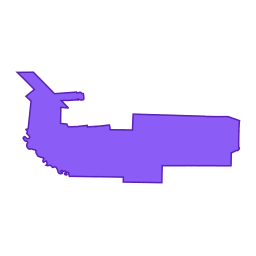 the district of Storobaneasa, Teleorman, Romania, rotated 1°
{"feature_id": "2599482B47254349291788", "entity_name": "Storobaneasa", "entity_type": "district", "adm_level": 2, "iso_a3": "ROU", "parent_name": "Romania", "parent_adm1": "Teleorman", "projection": "robinson", "projection_center": [25.498, 43.896], "detail": "fine", "context": "isolated", "style": "filled", "palette": "violet", "viewbox_px": 256, "rotation_deg": 1, "n_neighbors": 0, "source": "geoboundaries", "source_scale": "gbopen_adm2", "svg_char_len": 5284}
<svg xmlns="http://www.w3.org/2000/svg" viewBox="0 0 256 256"><g transform="rotate(1 128 128)"><path d="M231.6,164.0L231.6,163.9L231.7,163.1L231.7,161.7L231.7,161.0L231.7,159.4L231.7,158.3L231.7,157.0L231.7,156.1L231.7,155.7L231.7,155.0L231.6,154.8L231.7,154.0L231.7,152.3L231.7,151.6L231.6,151.0L231.8,150.9L232.1,150.8L232.3,150.8L232.6,150.7L233.0,150.5L233.5,150.2L234.2,149.9L234.7,149.7L234.9,149.6L235.3,149.4L235.6,149.2L235.9,149.0L236.1,148.8L236.4,148.7L236.8,148.7L237.1,148.6L237.3,148.6L237.5,148.6L237.9,148.7L238.0,148.7L238.6,148.2L239.0,147.7L239.4,147.3L239.4,147.2L239.6,146.6L239.7,146.4L239.7,146.2L239.6,145.9L239.4,145.8L239.1,145.8L239.0,144.7L239.0,143.8L239.0,142.7L239.0,142.0L238.9,141.0L238.9,140.4L238.9,139.8L238.9,139.4L238.9,138.2L238.9,137.2L238.9,135.5L238.9,134.3L238.9,133.5L238.9,132.4L238.9,131.9L238.9,130.8L238.9,130.1L239.0,129.5L238.9,129.5L238.9,129.3L238.9,129.1L238.9,128.9L238.9,128.2L238.9,127.0L239.0,125.4L239.0,124.3L239.1,123.3L239.1,121.9L239.2,121.2L239.2,119.9L239.4,118.7L238.7,118.5L236.4,117.7L235.3,117.3L233.3,116.7L231.2,116.0L229.6,115.4L228.5,115.1L227.9,114.9L226.9,114.9L225.7,114.9L224.4,114.9L222.8,115.0L221.8,115.0L220.3,115.0L219.2,115.0L217.9,115.1L216.9,115.1L215.9,115.1L214.8,115.1L213.1,115.1L211.5,115.1L210.8,115.0L210.7,115.1L209.6,115.1L209.2,115.1L208.3,115.1L207.4,115.1L206.1,115.1L205.3,115.1L204.9,115.1L204.7,115.0L204.6,114.9L203.6,114.9L200.3,114.9L199.1,114.8L197.2,114.8L195.8,114.8L193.5,114.8L190.2,114.7L186.8,114.7L185.8,114.7L184.8,114.7L180.4,114.6L176.9,114.6L173.8,114.5L169.3,114.5L166.4,114.4L161.5,114.4L157.3,114.3L154.3,114.3L151.0,114.3L146.0,114.2L142.6,114.2L139.5,114.1L137.2,114.1L132.9,114.0L132.8,117.7L132.7,121.0L132.6,125.9L132.5,130.0L123.4,129.9L118.7,130.0L113.6,130.0L110.3,130.0L109.4,125.3L101.9,126.3L95.7,127.1L95.8,126.9L93.7,127.1L89.9,127.4L87.4,127.7L87.2,126.1L83.4,126.6L82.6,126.7L81.1,126.9L78.9,127.2L77.3,127.5L75.3,127.5L71.4,127.8L68.7,127.9L68.3,127.7L67.5,126.8L67.1,126.0L66.8,125.4L66.8,125.1L65.6,125.0L63.1,124.8L61.1,124.7L60.5,124.6L60.5,112.5L60.5,108.5L61.7,108.6L63.0,108.7L65.9,108.9L68.3,109.1L68.1,109.0L66.6,107.5L65.0,105.9L63.6,104.6L62.3,103.2L60.8,101.8L61.5,101.8L63.4,101.6L66.2,101.4L66.7,101.6L67.6,101.5L69.9,101.3L72.9,101.0L75.1,100.9L75.5,100.9L75.6,100.6L75.7,100.4L76.0,100.2L76.3,100.1L76.5,100.0L76.8,100.1L76.8,100.4L76.9,100.8L77.1,100.8L77.7,100.9L77.7,100.5L78.1,100.5L78.1,100.1L79.0,100.2L79.3,100.3L79.7,100.7L79.9,100.8L80.7,100.8L81.8,100.8L81.9,100.7L82.8,100.5L83.0,100.4L83.2,100.0L83.4,99.5L83.4,99.2L83.1,96.6L82.8,94.6L82.7,94.4L81.5,94.2L80.3,93.6L80.2,93.5L80.2,93.4L80.1,93.2L79.9,93.1L79.7,93.1L79.2,93.1L78.6,93.3L76.5,93.8L76.0,93.8L75.8,93.0L53.9,95.0L32.4,73.9L31.0,73.9L16.3,74.3L23.8,81.4L33.7,91.1L25.4,98.1L30.6,102.8L28.2,130.5L26.0,131.2L26.2,131.7L26.7,132.1L27.2,132.5L27.4,133.1L27.4,133.7L27.1,134.6L26.8,135.3L28.4,136.8L29.6,138.1L29.9,138.6L29.6,139.6L28.8,140.2L28.0,140.4L27.2,140.3L26.0,139.3L25.1,138.5L24.7,138.4L24.0,138.8L23.6,139.2L23.4,140.2L24.8,142.4L26.1,143.0L27.1,143.0L27.6,143.5L27.9,143.9L27.7,144.8L27.2,145.8L27.0,146.9L27.2,148.3L28.3,150.0L29.2,150.7L30.1,150.9L31.5,150.5L32.9,151.0L34.5,151.3L35.8,151.7L36.5,152.4L36.3,153.3L36.4,154.1L37.2,155.8L38.4,157.7L39.7,158.2L41.6,158.8L42.9,159.1L43.8,159.2L44.5,159.8L44.0,160.6L43.5,162.1L43.4,162.6L43.9,163.5L44.4,163.7L45.3,163.0L46.3,162.6L46.9,162.4L47.9,165.6L46.7,166.6L47.4,166.8L48.0,167.1L49.6,166.8L50.1,166.8L51.3,166.7L52.2,167.5L52.7,168.2L53.3,168.8L54.2,168.6L55.4,168.1L56.8,168.5L58.2,170.9L58.8,172.8L59.1,173.8L60.2,174.7L61.1,174.9L61.2,175.0L61.5,174.9L61.9,174.9L62.1,174.8L62.5,174.7L62.9,174.6L63.2,174.4L63.4,174.1L63.4,173.9L63.2,173.7L62.9,173.6L62.4,173.4L61.9,173.1L61.6,172.9L61.5,172.7L61.4,172.5L61.4,172.4L61.5,172.2L61.8,171.9L62.1,171.6L62.3,171.6L62.5,171.6L62.8,171.6L63.0,171.7L63.3,171.9L63.4,172.0L63.5,172.2L63.6,172.3L63.9,172.4L64.2,172.4L64.5,172.4L64.8,172.2L65.0,172.1L65.4,172.1L65.6,172.1L65.9,172.2L66.2,172.3L66.3,172.4L66.4,172.6L66.4,172.8L66.4,173.0L66.3,173.4L66.2,173.6L65.9,173.9L65.5,174.4L65.4,174.6L65.4,174.8L65.4,175.0L65.5,175.2L65.8,175.6L66.1,175.9L66.4,175.9L66.7,176.0L66.9,176.1L67.1,176.1L67.3,176.0L67.5,175.9L67.7,175.7L67.9,175.5L67.9,175.4L67.9,175.2L67.7,174.9L67.3,174.5L67.3,174.3L67.3,174.2L67.5,173.8L67.5,173.6L67.6,173.4L67.9,173.2L68.2,173.1L68.4,173.1L68.5,173.1L68.8,173.3L69.4,173.7L69.5,173.8L69.6,174.0L69.6,174.4L69.6,175.1L69.6,175.4L69.7,175.7L69.9,176.1L69.9,176.3L69.9,176.5L70.0,176.6L70.1,176.9L70.2,177.2L70.3,177.4L70.8,177.4L73.0,177.3L77.2,177.3L80.6,177.3L84.8,177.3L90.6,177.3L94.5,177.3L99.4,177.2L104.5,177.2L109.0,177.2L113.0,177.2L118.6,177.2L122.0,177.2L124.2,177.2L124.2,182.1L140.0,182.1L162.8,182.1L162.8,165.1L185.8,164.7L186.1,164.7L186.7,164.7L188.0,164.6L189.6,164.6L190.9,164.6L191.9,164.6L192.9,164.6L194.2,164.5L195.3,164.5L196.4,164.5L197.8,164.5L198.7,164.5L199.0,164.5L200.9,164.5L202.8,164.4L204.9,164.4L207.3,164.3L210.8,164.3L213.7,164.2L215.6,164.2L217.0,164.2L217.3,164.2L217.7,164.2L217.8,164.3L218.9,164.2L220.3,164.2L221.7,164.2L222.6,164.2L222.9,164.2L224.3,164.1L225.8,164.1L227.4,164.1L229.0,164.0L230.3,164.0L231.6,164.0Z" fill="#8b5cf6" stroke="#5b21b6" stroke-width="1.5"/></g></svg>